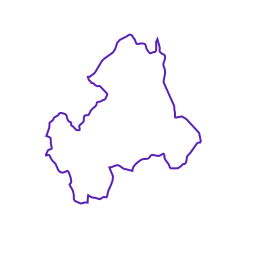 SVG path tracing the border of Karlovacka, rotated 214°
{"feature_id": "HRV-1583", "entity_name": "Karlovacka", "entity_type": "County", "adm_level": 1, "iso_a3": "HRV", "parent_name": "Croatia", "parent_adm1": "", "projection": "orthographic", "projection_center": [15.498, 45.287], "detail": "fine", "context": "isolated", "style": "outline", "palette": "violet", "viewbox_px": 256, "rotation_deg": 214, "n_neighbors": 0, "source": "natural_earth", "source_scale": "10m", "svg_char_len": 3597}
<svg xmlns="http://www.w3.org/2000/svg" viewBox="0 0 256 256"><g transform="rotate(214 128 128)"><path d="M189.9,147.9L188.3,149.3L186.6,154.2L186.4,155.9L187.1,169.0L186.4,172.4L182.8,181.9L182.7,186.0L184.6,192.7L184.0,196.6L180.2,203.4L179.4,205.7L179.3,205.8L178.1,206.8L177.0,206.9L175.9,206.8L175.2,206.3L174.7,206.0L172.3,205.4L168.7,202.9L167.9,202.7L167.2,202.8L164.4,205.5L163.4,206.1L161.3,207.0L160.1,206.8L156.7,203.9L153.4,202.6L152.0,202.3L151.1,202.5L149.5,204.9L149.0,205.4L148.6,205.7L148.2,206.1L148.0,206.6L148.0,207.3L148.2,208.2L148.8,209.3L152.8,215.1L153.3,218.1L147.2,212.9L146.1,211.8L145.7,210.8L145.4,210.1L144.7,209.3L143.6,208.8L141.7,208.6L139.3,208.9L138.7,208.9L138.0,208.6L137.3,208.0L136.4,206.7L135.9,205.5L134.7,201.4L134.2,200.4L133.5,199.6L130.3,197.1L128.5,195.2L127.8,193.9L124.7,186.9L124.1,186.0L123.6,185.5L102.7,172.5L101.8,171.8L101.1,170.9L100.1,169.5L99.5,168.8L98.2,167.6L97.3,166.6L96.6,165.5L96.0,164.5L95.3,163.5L94.7,163.2L93.7,163.8L89.8,167.7L84.5,168.0L66.3,163.7L60.5,158.0L60.2,157.3L60.1,156.2L60.9,155.7L61.4,155.3L61.9,154.7L62.2,153.7L62.4,142.2L63.1,137.9L62.7,136.7L62.2,135.5L61.5,134.1L60.7,131.8L60.7,130.7L61.0,129.8L61.6,129.4L62.0,129.0L62.2,128.6L62.5,127.9L62.6,126.6L63.5,123.9L64.4,122.3L69.8,118.6L70.5,118.6L71.4,118.8L72.6,119.8L74.5,120.9L78.9,122.4L80.6,123.3L81.7,124.3L82.0,125.2L83.3,126.2L83.9,126.5L84.3,126.5L86.2,122.9L86.8,122.1L87.3,121.7L92.3,119.6L93.4,118.6L93.8,117.5L93.7,115.6L93.8,114.9L94.1,114.2L94.9,113.2L98.0,110.7L98.9,109.6L99.6,108.5L101.0,104.3L101.5,102.2L101.7,101.0L101.7,100.1L101.7,99.0L101.4,97.4L100.9,95.7L100.4,94.9L109.1,91.8L114.1,91.9L115.8,91.4L117.2,90.1L119.9,86.2L121.4,84.9L113.6,79.7L111.4,75.9L110.2,71.1L109.3,65.4L109.2,65.2L108.4,62.7L107.3,60.3L107.1,58.5L109.1,57.5L110.1,56.6L110.7,54.9L111.6,53.2L116.1,51.8L118.0,50.8L120.2,50.0L123.4,50.0L122.5,48.1L120.0,43.9L119.7,43.6L119.8,43.5L122.0,42.3L124.8,39.0L130.7,37.9L132.2,38.2L133.0,38.7L133.7,39.5L134.9,41.5L137.2,43.9L138.8,45.3L144.0,47.9L144.9,48.5L144.9,49.0L144.7,49.7L144.6,50.4L144.7,51.0L145.0,51.8L147.7,54.7L151.7,57.7L153.4,58.5L154.5,58.4L156.0,55.9L156.5,55.2L157.3,54.4L158.4,53.9L160.2,53.6L161.4,53.8L162.4,54.2L168.1,57.8L172.1,58.6L173.7,59.1L175.1,59.8L176.9,61.0L177.9,61.4L178.6,61.4L179.0,61.1L180.5,59.4L180.8,59.6L181.1,59.9L181.8,64.1L181.7,65.2L181.2,66.2L180.3,67.0L179.8,67.9L180.1,69.0L182.3,71.0L183.2,71.9L186.1,75.9L186.8,76.4L187.6,76.5L189.2,76.3L191.2,75.7L193.5,84.4L194.3,85.6L195.1,87.1L195.9,88.4L195.7,89.4L195.2,90.7L194.9,91.6L194.7,93.2L195.1,94.9L194.7,96.1L193.1,99.3L193.1,101.4L192.6,102.5L191.5,103.3L188.4,104.3L187.2,104.4L186.2,104.1L185.5,103.5L184.1,102.3L182.7,101.2L181.4,100.5L180.4,100.4L178.8,100.7L178.0,100.5L177.0,98.9L176.3,98.4L174.3,98.5L170.2,97.5L168.1,98.1L167.3,98.9L167.1,99.7L167.7,100.4L169.2,101.8L169.6,102.5L169.6,103.4L168.6,107.1L168.5,108.2L168.6,108.9L168.9,109.7L169.9,111.1L170.4,112.1L170.8,113.3L170.9,113.9L170.7,114.3L168.3,116.4L168.0,117.3L168.1,118.4L168.3,119.5L168.5,120.7L168.5,122.0L168.3,123.4L168.1,124.6L167.3,127.3L167.1,128.4L167.2,129.5L167.5,130.4L167.8,131.2L167.9,132.1L167.7,132.7L165.6,134.5L165.0,136.0L164.0,137.7L163.2,138.5L163.1,139.3L163.2,140.3L163.5,141.5L163.7,143.3L164.1,144.4L164.5,144.8L174.7,147.0L175.1,146.9L175.5,146.7L176.4,145.8L176.9,145.5L177.4,145.3L179.6,145.2L180.6,145.5L181.2,145.7L181.8,145.7L183.2,145.0L183.5,144.9L183.9,145.0L184.3,145.3L184.7,145.5L185.2,145.6L185.9,145.6L186.6,145.7L187.2,145.9L189.8,147.8L189.9,147.9Z" fill="none" stroke="#5b21b6" stroke-width="2"/></g></svg>